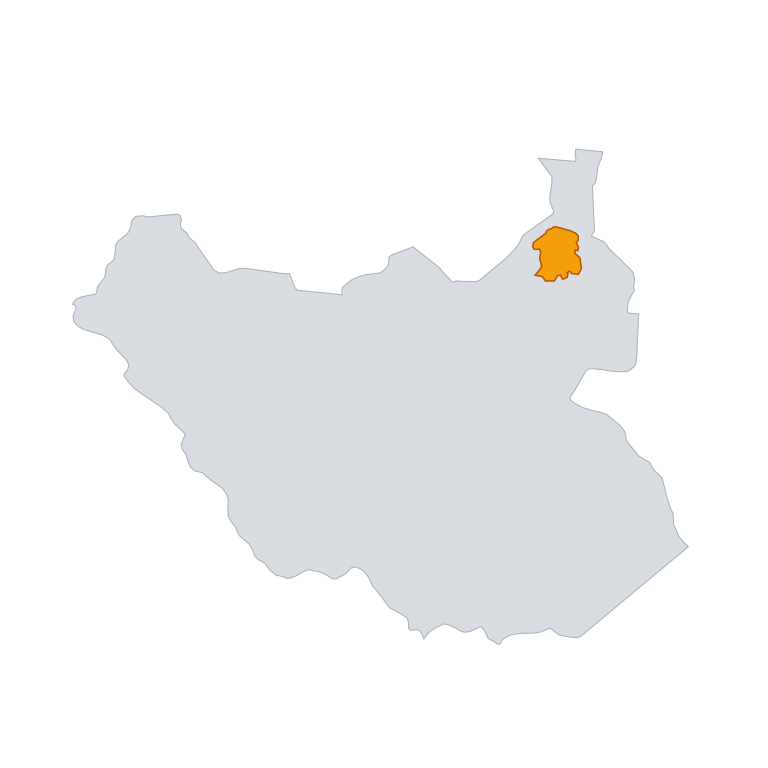 Melut, Upper Nile, South Sudan (highlighted), rotated 5°
{"feature_id": "79223893B2646445325724", "entity_name": "Melut", "entity_type": "district", "adm_level": 2, "iso_a3": "SSD", "parent_name": "South Sudan", "parent_adm1": "Upper Nile", "projection": "albers", "projection_center": [32.581, 10.371], "detail": "fine", "context": "in_parent", "style": "filled", "palette": "amber", "viewbox_px": 768, "rotation_deg": 5, "n_neighbors": 0, "source": "geoboundaries", "source_scale": "gbopen_adm2", "svg_char_len": 4314}
<svg xmlns="http://www.w3.org/2000/svg" viewBox="0 0 768 768"><g transform="rotate(5 384 384)"><path d="M627.3,593.1L603.8,616.5L602.2,617.9L599.3,619.8L589.7,619.9L579.9,618.7L570.8,612.7L561.6,617.4L555.8,618.9L552.3,619.4L544.1,620.2L532.6,622.7L527.4,625.8L524.5,628.3L522.2,632.8L521.0,633.3L518.9,632.8L515.9,630.9L509.8,628.3L506.7,622.5L503.8,618.9L501.5,617.1L491.7,622.8L487.0,624.2L483.1,624.0L476.0,620.7L468.2,617.9L464.2,617.9L458.1,621.4L451.2,626.5L447.7,631.7L445.9,634.7L443.6,630.0L441.3,627.0L438.0,625.9L431.4,627.0L429.8,625.3L429.5,621.3L428.6,617.6L427.0,614.9L421.9,612.1L408.9,606.4L399.0,595.1L394.0,589.9L390.3,586.5L385.2,577.6L379.3,571.5L372.1,568.6L367.4,570.0L362.4,576.4L353.1,582.4L348.9,582.6L343.5,579.2L336.7,576.8L324.5,575.6L319.4,578.4L312.7,583.0L307.1,585.7L303.6,586.0L300.4,584.9L296.7,584.2L293.5,584.1L287.0,579.7L283.7,576.5L281.5,573.5L277.8,571.4L273.5,569.6L270.5,566.9L269.0,563.5L266.6,559.2L263.5,555.2L253.6,548.1L250.7,544.0L248.7,539.9L244.7,535.4L240.4,529.4L239.2,520.7L239.1,513.8L238.3,510.5L236.5,507.2L234.4,504.5L231.0,501.3L222.9,496.7L214.6,491.3L210.7,488.2L203.1,487.0L198.6,483.9L194.9,477.3L193.4,472.1L189.7,467.9L188.1,465.0L187.2,461.6L190.5,451.3L186.1,447.5L179.6,442.7L175.0,437.4L172.2,432.5L163.9,426.1L145.7,416.2L135.2,410.0L129.5,404.5L124.5,399.1L124.1,396.9L127.5,391.7L128.1,387.3L125.5,382.5L114.7,373.2L106.2,363.1L99.6,359.8L83.7,356.6L79.1,355.4L74.4,353.4L69.7,348.8L68.3,343.5L70.8,335.1L69.4,332.4L66.7,331.7L67.5,329.9L70.6,325.9L75.6,323.4L88.9,319.5L89.7,317.9L90.1,312.6L91.2,310.1L96.0,302.9L96.7,300.0L97.0,293.7L97.7,290.8L99.1,288.8L102.8,285.2L104.1,283.0L104.7,278.3L104.6,268.8L106.5,265.1L115.0,256.7L117.3,252.9L118.1,249.5L118.2,246.0L118.7,242.6L121.3,239.3L123.4,238.3L129.5,237.4L133.7,238.2L162.8,232.9L166.2,233.8L167.7,237.3L167.4,242.9L167.8,245.6L169.4,247.5L173.9,250.3L177.0,254.8L178.7,256.4L183.3,259.5L204.5,285.3L210.5,287.8L216.5,287.0L228.3,282.0L234.2,280.8L275.4,282.9L280.0,282.2L280.3,282.3L286.4,295.1L289.3,298.1L334.5,298.8L333.7,295.2L334.3,291.1L342.4,283.4L343.5,282.5L350.5,278.9L357.3,276.5L370.5,273.7L375.3,269.2L378.0,265.0L378.1,256.7L379.9,255.4L383.0,253.5L398.2,246.2L400.8,244.7L427.4,262.1L442.3,275.8L443.2,276.4L444.0,276.7L444.8,276.2L445.4,275.6L447.3,275.0L453.7,274.9L465.8,274.2L469.8,272.6L494.3,248.4L500.5,240.7L502.1,239.1L505.6,233.6L509.4,224.1L510.1,223.1L536.8,200.4L537.7,198.6L538.0,197.1L534.0,189.5L533.1,185.6L532.9,179.6L533.7,170.3L533.4,164.4L533.1,162.8L532.9,162.5L518.1,145.7L555.5,145.6L555.6,143.5L555.5,142.8L554.8,140.8L554.3,138.1L554.4,136.6L554.6,135.3L554.6,134.5L554.5,133.8L554.5,133.5L554.7,133.3L581.6,133.6L581.2,138.3L578.0,149.5L578.0,156.1L577.3,163.8L576.4,166.0L575.0,167.9L574.5,168.8L574.5,169.6L580.2,212.3L579.8,214.1L578.3,216.7L577.9,217.6L577.8,218.3L578.4,218.7L590.9,223.3L591.5,223.6L592.0,224.0L596.4,229.5L621.0,249.6L621.9,250.6L624.4,257.0L624.7,258.0L624.8,259.5L624.8,260.7L624.2,264.5L624.4,266.2L624.8,267.3L625.1,268.6L625.1,269.0L624.9,270.0L621.3,277.3L620.1,282.6L619.8,287.0L620.0,289.5L620.4,291.2L620.8,291.8L621.1,292.0L631.8,292.0L631.7,294.4L633.3,332.9L633.3,337.2L632.9,342.6L631.7,344.8L628.7,347.8L624.9,350.6L615.4,351.4L607.4,351.3L601.7,350.7L593.9,350.5L586.6,351.1L584.0,353.5L574.4,374.0L571.4,379.1L570.6,382.1L571.5,383.9L575.3,386.4L583.6,390.0L593.1,392.2L600.2,393.0L605.0,394.0L608.7,395.1L622.3,404.4L626.6,408.7L629.0,412.5L629.6,416.6L631.6,420.6L643.9,433.4L655.7,439.3L660.2,446.1L664.6,449.4L668.8,452.9L671.0,458.2L676.2,473.6L679.7,481.6L683.3,488.1L684.7,498.9L687.6,503.6L690.5,509.4L695.3,514.7L700.4,518.6L701.3,519.7L650.5,570.0L627.3,593.1Z" fill="#d9dde1" stroke="#a8b0b8" stroke-width="1"/><path d="M568.1,257.8L570.7,251.6L568.2,241.3L562.7,237.0L562.8,233.8L565.5,234.4L565.9,231.0L563.1,226.1L565.0,223.9L564.6,219.7L561.9,217.1L556.0,215.0L544.1,212.8L540.4,212.4L539.3,212.8L536.9,214.9L535.0,215.3L532.4,217.6L532.0,219.8L520.4,230.2L520.2,234.4L521.5,236.4L523.7,236.8L527.0,236.1L528.6,239.0L528.2,245.4L530.9,252.9L530.2,254.1L529.1,256.7L524.9,262.5L532.4,263.2L535.9,267.4L544.8,266.5L547.5,260.9L550.4,260.3L552.8,264.2L557.2,261.8L557.7,257.9L556.5,257.2L559.0,255.4L561.4,257.6L568.1,257.8Z" fill="#f59e0b" stroke="#b45309" stroke-width="1.5"/></g></svg>